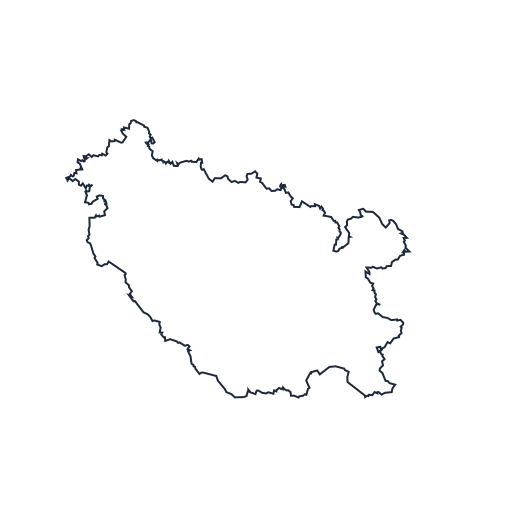 the district of Tamazula de Gordiano, Jalisco, Mexico, rotated 137°
{"feature_id": "50627088B40756247802692", "entity_name": "Tamazula de Gordiano", "entity_type": "district", "adm_level": 2, "iso_a3": "MEX", "parent_name": "Mexico", "parent_adm1": "Jalisco", "projection": "equal_earth", "projection_center": [-103.178, 19.686], "detail": "fine", "context": "isolated", "style": "outline", "palette": "slate", "viewbox_px": 512, "rotation_deg": 137, "n_neighbors": 0, "source": "geoboundaries", "source_scale": "gbopen_adm2", "svg_char_len": 6138}
<svg xmlns="http://www.w3.org/2000/svg" viewBox="0 0 512 512"><g transform="rotate(137 256 256)"><path d="M145.4,217.4L149.4,219.5L150.0,216.7L151.4,214.8L151.1,212.5L151.9,212.6L154.9,214.3L158.5,218.6L161.2,218.5L163.9,220.0L166.0,219.3L168.4,216.4L171.1,216.4L172.2,209.1L174.5,207.2L174.1,205.9L175.2,206.7L179.7,202.3L186.5,203.0L187.2,204.6L187.3,203.1L190.0,204.4L192.2,203.6L194.3,204.5L195.8,207.1L190.7,210.7L189.7,209.8L186.1,213.2L184.8,212.4L183.9,213.9L183.4,213.1L179.2,214.3L177.9,215.4L178.2,216.9L176.6,218.5L176.4,220.5L174.8,220.8L173.8,225.2L175.0,226.3L174.0,227.7L175.2,228.8L174.4,233.3L179.0,239.4L176.1,240.5L175.5,243.0L176.1,244.2L174.7,244.9L174.5,247.5L176.7,247.0L175.7,249.7L177.7,253.7L178.8,252.1L181.7,254.9L182.8,254.8L185.1,264.6L190.8,262.1L194.7,266.0L193.7,267.6L194.9,269.2L193.3,272.4L189.7,273.1L190.1,275.8L189.0,280.5L191.1,281.8L189.5,285.7L189.9,286.9L188.9,288.8L187.3,286.7L186.5,288.4L189.4,290.5L188.6,291.4L189.1,291.4L191.0,290.4L190.9,288.6L193.1,287.4L194.9,290.3L197.5,290.6L200.3,293.0L200.2,296.5L202.4,298.0L201.7,305.0L202.4,307.5L199.6,309.4L202.2,313.0L198.9,315.3L198.9,318.5L203.2,319.3L206.3,321.8L208.6,320.7L209.9,317.6L213.3,316.9L217.2,321.0L219.1,321.6L220.2,325.3L223.4,326.7L223.8,331.6L222.6,333.6L223.4,336.0L228.7,336.7L233.0,341.0L237.1,340.0L237.8,344.7L235.0,355.2L236.6,355.7L236.6,356.8L235.4,359.2L232.6,361.7L231.7,360.9L229.7,364.0L231.8,365.2L231.5,366.3L235.5,365.4L238.7,368.7L238.3,369.7L240.7,370.8L241.9,373.0L247.7,376.0L250.0,376.0L250.3,377.7L251.3,375.3L252.4,375.6L254.6,378.0L252.9,381.9L255.5,381.7L255.0,384.6L256.0,383.7L256.5,385.4L258.7,385.1L258.2,386.2L259.8,387.5L258.9,388.0L259.9,390.3L259.3,390.9L261.8,392.2L262.3,393.6L263.4,392.9L264.5,397.7L263.5,400.6L260.1,403.1L260.8,407.1L259.6,408.7L260.2,410.2L258.5,410.8L259.5,412.9L259.2,414.1L257.3,412.5L253.3,413.2L255.5,409.6L254.5,408.4L252.6,408.3L251.1,413.3L252.5,414.0L252.4,415.7L250.3,416.6L250.6,418.8L249.4,419.6L247.9,423.9L249.6,426.7L249.0,427.8L251.4,434.8L252.3,435.3L251.8,436.8L252.8,438.8L255.3,439.9L257.3,438.5L258.9,438.8L262.0,435.7L264.9,440.0L265.7,438.9L267.0,439.8L266.8,438.4L269.0,439.8L269.9,436.7L269.6,431.6L276.2,430.1L277.4,431.0L280.0,437.4L281.1,436.5L283.6,438.4L284.2,440.7L288.8,436.6L290.5,436.9L293.3,435.1L294.8,433.7L294.8,432.2L297.4,432.0L298.7,435.7L300.1,434.8L301.5,436.7L303.6,436.6L306.2,440.6L308.6,440.5L308.9,444.4L312.3,444.8L313.9,446.7L314.9,444.8L312.8,442.7L315.9,443.0L316.7,442.2L317.6,442.7L317.6,444.5L319.2,444.7L320.3,448.1L322.6,446.2L321.9,443.8L324.0,437.8L324.8,438.3L324.7,439.8L325.8,439.3L329.0,441.6L330.9,438.9L332.2,440.6L334.6,438.9L335.8,439.2L336.1,441.6L337.6,441.0L341.6,442.5L342.3,439.7L340.7,440.3L339.4,439.5L339.0,435.9L335.6,435.5L334.9,431.1L336.9,429.0L336.1,426.8L333.1,427.2L334.4,421.6L331.6,422.9L330.7,421.6L329.5,422.0L329.5,420.1L326.9,419.7L330.3,419.9L333.8,417.1L335.8,418.5L335.6,419.5L336.9,419.5L338.2,415.7L344.4,411.9L342.6,409.7L342.1,408.0L342.7,407.6L340.9,406.4L338.3,407.1L332.7,405.8L331.9,408.1L329.0,407.0L327.0,404.2L328.6,402.5L328.1,398.8L328.8,400.5L329.7,399.2L328.7,398.3L329.7,396.2L331.7,397.4L330.5,396.2L332.0,392.2L336.5,392.2L338.6,388.9L343.7,391.5L343.2,392.6L345.8,393.8L345.4,394.8L347.8,394.0L351.8,397.6L357.3,391.3L360.5,389.4L363.3,385.1L365.3,385.1L366.2,383.1L369.0,383.0L369.7,381.0L368.8,378.6L369.3,376.6L373.3,368.6L373.8,365.1L375.4,364.7L376.6,358.9L377.9,358.0L375.8,353.8L372.4,353.2L370.5,351.6L367.5,352.4L363.1,332.8L363.4,331.8L365.1,331.7L367.3,327.6L369.4,325.8L368.9,321.3L370.2,319.7L370.8,314.9L374.3,314.3L374.6,311.3L375.7,313.7L376.5,306.3L375.3,305.6L376.7,291.5L374.9,287.1L374.9,283.5L376.1,279.0L374.2,278.1L371.4,273.5L373.5,271.8L374.5,268.7L378.6,265.8L376.8,263.9L378.8,263.2L379.0,259.3L378.0,258.7L380.3,255.8L375.5,253.7L372.3,247.7L372.2,245.5L370.9,245.0L369.2,238.8L366.6,237.5L366.3,235.3L369.6,234.5L368.6,232.0L370.7,232.7L372.3,227.3L376.6,221.2L376.0,219.0L376.9,217.9L376.2,216.5L377.1,215.1L377.8,208.3L375.7,208.1L373.9,206.4L366.9,195.4L368.9,190.7L369.5,180.2L370.5,176.6L368.2,171.9L367.9,167.1L361.6,161.5L358.6,160.0L354.3,162.6L353.8,161.8L352.8,163.2L353.0,159.9L350.6,155.4L347.4,157.1L346.0,155.9L344.8,151.7L342.4,148.6L339.9,147.9L337.2,143.4L334.4,145.3L333.4,143.1L332.3,144.0L329.1,143.7L328.3,141.5L326.7,141.4L326.9,140.6L325.9,141.3L326.1,139.5L325.3,136.8L324.1,135.9L323.6,132.9L325.7,129.9L323.4,127.9L321.4,123.5L320.3,123.9L316.7,121.6L314.6,121.6L313.8,120.2L308.6,123.4L306.8,123.1L304.2,130.7L295.7,133.6L295.6,132.6L294.3,133.1L289.3,130.5L290.1,125.9L278.0,124.8L273.0,121.0L268.3,113.5L268.8,112.1L267.2,108.2L272.0,105.0L275.0,101.4L271.5,79.6L272.4,78.4L269.8,77.9L269.3,76.9L268.0,77.5L265.9,74.9L262.1,75.6L261.0,73.2L260.7,73.9L259.2,73.0L258.6,68.9L255.1,68.1L249.6,63.9L246.5,66.1L242.0,67.0L245.0,71.9L245.0,74.8L246.4,76.3L243.3,84.3L243.8,87.8L242.1,89.2L237.7,89.4L235.7,93.0L232.3,92.9L231.8,96.7L230.6,97.5L231.2,98.6L230.8,101.7L232.0,102.2L230.1,106.8L227.0,104.8L228.6,102.0L229.5,102.1L228.8,101.5L226.5,102.3L224.2,101.6L218.5,103.3L217.5,100.6L211.5,101.8L206.7,99.1L205.9,100.4L202.1,100.4L200.7,102.9L198.4,104.1L198.4,105.7L195.1,105.6L193.8,106.8L193.9,110.8L196.7,112.4L196.1,113.3L200.8,116.9L202.1,121.0L204.9,124.8L205.8,130.8L207.8,131.9L207.8,133.8L206.7,136.4L201.5,138.4L199.6,137.7L198.4,135.5L200.0,139.3L199.2,141.9L197.6,142.0L196.9,144.7L194.4,146.3L194.4,148.2L192.9,149.9L194.1,151.5L192.2,152.0L191.5,154.9L189.1,155.9L190.6,158.4L189.6,163.2L190.2,165.5L186.5,170.0L185.3,165.5L184.0,166.9L183.0,172.2L179.3,168.5L177.9,168.5L176.1,164.4L172.2,162.4L172.0,160.6L169.5,158.8L167.3,159.4L164.0,156.6L160.8,158.8L156.5,158.3L154.8,156.7L150.3,157.9L147.0,156.0L145.5,157.5L146.2,158.5L143.4,159.2L143.8,157.2L140.8,154.7L141.0,160.1L139.3,161.5L138.2,165.6L136.7,165.7L135.7,168.5L133.3,166.4L133.2,170.4L134.5,173.6L132.8,172.9L132.1,174.3L133.7,178.9L131.9,183.8L131.7,188.1L132.5,190.2L134.3,191.2L135.8,189.0L141.7,188.3L141.9,193.3L139.7,200.0L140.4,208.5L145.2,213.3L145.4,217.4Z" fill="none" stroke="#1e293b" stroke-width="2"/></g></svg>